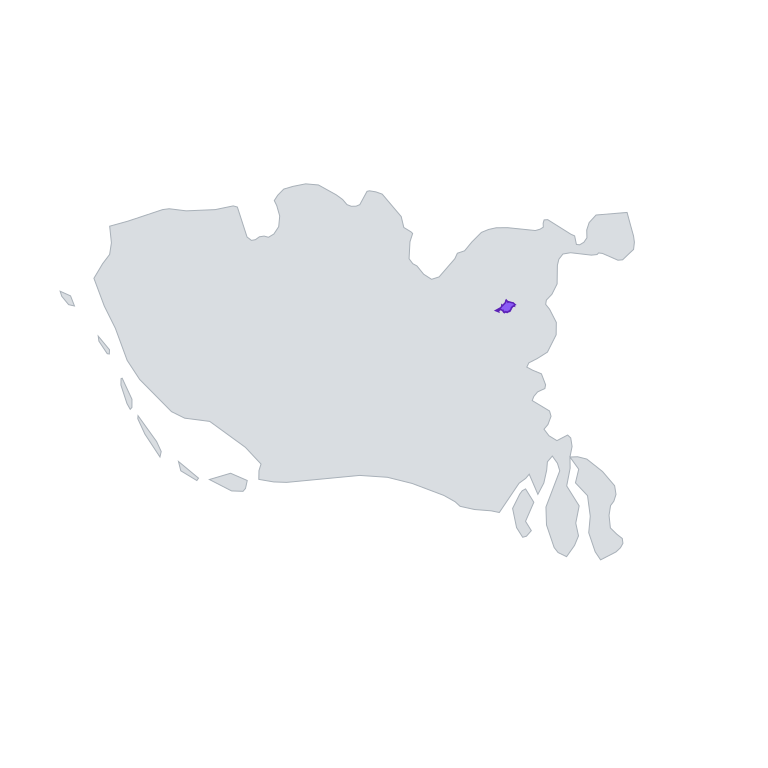 Nuenen, Gerwen en Nederwetten, Noord-Brabant, Netherlands shown in context, rotated 253°
{"feature_id": "6326949B11181264963907", "entity_name": "Nuenen, Gerwen en Nederwetten", "entity_type": "district", "adm_level": 2, "iso_a3": "NLD", "parent_name": "Netherlands", "parent_adm1": "Noord-Brabant", "projection": "albers", "projection_center": [5.532, 51.486], "detail": "fine", "context": "in_parent", "style": "filled", "palette": "violet", "viewbox_px": 768, "rotation_deg": 253, "n_neighbors": 0, "source": "geoboundaries", "source_scale": "gbopen_adm2", "svg_char_len": 4909}
<svg xmlns="http://www.w3.org/2000/svg" viewBox="0 0 768 768"><g transform="rotate(253 384 384)"><path d="M477.0,666.6L464.4,666.2L452.6,665.9L446.4,664.9L439.7,662.0L436.7,655.8L433.0,648.5L434.0,643.9L445.0,631.1L446.6,627.5L445.5,625.6L446.6,620.0L455.0,600.8L456.0,593.1L452.2,587.7L446.8,584.5L429.1,578.8L420.7,570.8L416.8,563.8L412.9,561.9L407.1,564.2L392.5,566.8L380.7,563.0L366.7,549.6L363.5,537.8L361.9,528.7L358.4,525.5L353.7,530.2L347.7,537.5L336.0,538.3L332.6,536.5L332.1,532.4L331.5,528.5L328.3,523.6L324.8,520.9L309.8,534.4L304.3,534.3L297.3,528.9L294.0,523.8L286.3,526.6L279.3,532.8L281.5,544.7L277.8,546.8L269.3,545.6L259.8,540.5L249.1,537.4L233.1,528.9L210.4,535.0L194.9,526.7L181.9,525.6L173.9,519.0L165.5,508.1L171.9,501.2L177.9,498.9L201.7,498.2L219.0,502.9L249.6,526.7L257.5,526.7L265.9,523.9L261.8,517.5L254.1,514.4L242.6,507.9L233.5,498.9L255.3,496.5L252.3,491.9L249.6,484.1L227.4,456.7L231.4,449.4L237.5,433.9L244.8,421.0L250.6,417.6L260.0,408.6L280.7,381.8L293.8,360.0L303.7,334.0L318.4,262.1L322.6,249.9L329.4,236.4L337.7,239.1L343.4,243.0L364.0,232.9L399.2,206.4L409.6,183.4L419.7,172.7L459.7,151.7L481.7,145.3L515.8,143.4L540.3,139.3L569.9,137.5L581.4,150.2L588.1,159.5L598.7,164.6L615.1,167.8L614.6,186.5L615.5,223.3L614.4,229.8L607.4,245.5L600.1,273.6L598.4,291.9L596.1,295.5L564.6,296.0L560.1,299.2L559.6,303.2L561.2,307.9L560.5,312.6L558.1,316.4L559.6,322.5L565.2,329.3L575.2,333.4L586.0,333.6L591.5,332.7L595.6,337.6L599.7,345.1L599.6,354.7L598.3,367.6L593.5,379.5L579.0,393.5L572.5,398.4L566.4,401.0L563.5,404.7L562.2,409.3L562.6,413.3L573.2,424.1L573.0,426.6L570.1,432.4L566.1,437.8L539.1,449.4L527.9,448.7L521.6,454.3L519.6,455.4L512.4,450.4L496.5,444.6L490.6,446.7L487.3,450.0L477.4,454.0L470.2,460.1L470.3,468.0L483.1,488.4L487.6,492.4L487.8,500.0L494.1,509.5L500.5,521.5L501.2,529.1L500.6,536.9L497.4,547.8L486.5,573.6L486.4,578.5L487.4,582.2L491.2,583.2L494.1,585.1L493.3,588.6L472.6,606.5L469.9,609.6L461.2,608.8L459.9,611.8L461.1,616.6L464.5,620.8L472.0,622.9L478.4,627.4L483.6,636.2L477.0,666.6ZM259.8,540.5L257.8,547.9L252.9,556.0L236.4,567.4L219.3,574.8L210.6,573.6L204.7,569.5L201.5,565.1L192.6,560.8L180.2,558.4L172.3,562.7L166.6,566.7L161.8,565.9L158.3,562.3L155.6,556.8L152.5,539.7L161.8,536.9L181.9,536.3L197.3,542.6L217.7,546.0L233.5,538.2L245.6,545.3L259.8,540.5ZM227.4,470.6L239.0,481.6L241.5,485.0L242.3,488.7L227.1,492.7L211.3,479.2L200.7,482.0L196.8,475.7L196.9,471.8L207.9,468.8L227.4,470.6ZM343.5,211.2L331.7,225.0L324.6,221.0L322.6,217.8L326.3,207.0L343.7,189.1L343.5,211.2ZM395.5,149.7L384.6,151.2L379.7,148.4L406.0,140.7L422.7,138.4L425.6,139.5L395.5,149.7ZM466.1,135.3L443.1,138.5L435.3,136.1L434.0,133.9L440.3,132.5L459.9,132.1L466.0,134.1L466.1,135.3ZM370.0,164.8L348.2,179.1L346.4,176.8L360.4,164.3L370.0,164.8ZM559.9,110.0L549.1,110.8L552.1,105.6L562.1,101.5L567.4,101.4L559.9,110.0ZM513.3,124.7L497.0,131.5L493.0,130.1L493.9,128.2L508.3,123.9L513.3,124.7Z" fill="#d9dde1" stroke="#a8b0b8" stroke-width="1"/><path d="M421.5,532.6L423.9,531.2L424.0,530.9L424.5,529.9L425.3,528.7L426.5,526.8L426.1,526.7L425.9,526.5L425.9,526.4L426.5,526.3L426.8,526.2L427.1,526.1L427.4,526.0L427.5,526.0L427.7,525.8L428.1,525.6L428.3,525.5L428.6,525.4L428.4,525.1L427.5,524.6L426.3,523.8L424.3,520.3L425.1,519.8L423.9,519.3L423.6,519.0L422.8,517.8L421.6,512.2L420.7,513.3L420.4,513.7L420.3,513.8L419.5,514.8L419.8,514.8L420.3,514.8L420.3,514.6L420.5,514.6L421.0,515.0L421.2,515.3L421.3,515.5L421.3,515.8L421.2,515.7L420.7,515.6L420.8,515.9L420.8,516.0L421.0,516.4L421.0,516.5L421.3,517.0L421.2,517.4L421.0,517.5L420.7,517.8L420.7,518.0L420.3,518.3L420.2,518.4L420.1,518.5L419.9,518.5L419.7,518.7L419.3,518.9L419.2,519.1L418.9,519.2L419.0,519.3L418.7,519.3L418.3,519.3L418.2,519.4L417.8,519.4L417.7,519.6L417.3,519.8L417.2,519.8L417.0,520.0L417.1,520.3L417.3,520.3L417.4,520.5L417.5,520.7L417.5,520.8L417.7,521.0L417.4,521.2L417.4,521.3L417.3,521.5L417.3,521.8L417.2,521.8L417.2,522.0L416.9,522.1L416.7,522.3L416.8,522.4L416.8,522.5L416.7,522.7L416.6,522.8L416.4,522.9L416.4,523.0L416.5,523.2L416.6,523.3L416.7,523.5L416.8,523.5L416.9,523.8L416.7,523.9L416.7,524.0L416.8,524.1L416.8,524.3L416.8,524.5L416.7,524.8L416.7,525.0L416.8,525.1L416.8,525.3L416.9,525.5L417.0,525.5L416.9,525.7L416.9,525.8L417.0,525.8L417.2,526.1L417.3,526.2L417.5,526.2L417.5,526.3L417.6,526.5L417.8,526.6L417.9,526.8L418.0,526.9L418.1,527.0L418.0,526.9L418.0,527.0L418.3,527.2L418.3,527.3L418.5,527.4L418.6,527.5L418.8,527.6L419.3,527.8L419.5,527.9L419.5,528.0L419.7,528.3L419.6,528.5L419.8,528.6L419.8,528.8L419.9,529.0L420.0,529.0L420.1,529.3L420.3,529.4L420.4,529.5L420.5,529.5L420.5,529.8L420.6,530.0L420.5,530.3L420.5,530.5L420.5,530.8L420.6,531.0L420.8,531.2L420.8,531.3L420.7,531.4L420.8,531.4L420.8,531.5L421.0,531.6L421.0,531.4L421.1,531.5L421.1,531.8L421.2,532.0L421.3,532.1L421.4,532.3L421.5,532.5L421.5,532.6Z" fill="#8b5cf6" stroke="#5b21b6" stroke-width="1.5"/></g></svg>